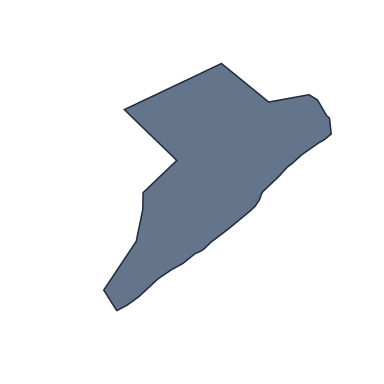 the border of Mudug, rotated 27°
{"feature_id": "SOM-2412", "entity_name": "Mudug", "entity_type": "Region", "adm_level": 1, "iso_a3": "SOM", "parent_name": "Somalia", "parent_adm1": "", "projection": "equal_earth", "projection_center": [47.931, 6.026], "detail": "fine", "context": "isolated", "style": "filled", "palette": "slate", "viewbox_px": 384, "rotation_deg": 27, "n_neighbors": 0, "source": "natural_earth", "source_scale": "10m", "svg_char_len": 949}
<svg xmlns="http://www.w3.org/2000/svg" viewBox="0 0 384 384"><g transform="rotate(27 192 192)"><path d="M94.3,149.3L95.6,147.6L96.8,146.0L99.6,142.4L102.4,138.9L103.6,137.2L106.6,133.3L109.6,129.4L112.6,125.6L115.6,121.7L118.6,117.8L121.6,113.9L124.6,110.0L127.6,106.1L130.6,102.2L133.6,98.3L136.6,94.5L139.6,90.6L142.6,86.7L145.6,82.8L148.5,78.9L151.5,75.0L154.5,71.1L157.5,67.3L159.9,64.1L161.5,64.6L162.0,64.6L219.5,77.0L252.1,52.2L262.0,53.0L277.4,62.9L281.0,63.8L289.7,77.1L286.4,84.9L282.3,91.2L272.9,108.9L268.4,120.9L265.6,126.7L262.5,138.1L255.0,159.5L254.8,161.4L254.9,163.2L255.5,166.7L255.6,168.5L254.8,175.8L252.6,182.0L247.4,194.1L241.1,208.6L231.6,228.3L228.6,237.2L227.0,240.2L222.5,245.9L216.4,259.7L209.0,270.5L201.2,284.7L192.2,309.3L185.6,322.2L178.9,331.8L178.5,331.7L157.9,319.5L164.7,261.3L156.0,229.7L148.7,214.8L164.1,170.8L140.8,163.6L117.5,156.5L94.3,149.3Z" fill="#64748b" stroke="#1e293b" stroke-width="1.5"/></g></svg>